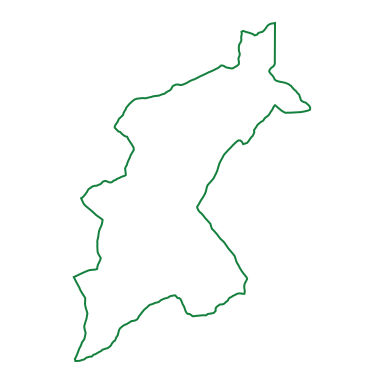 Mumias West, Western, Kenya
{"feature_id": "3690345B19078543384145", "entity_name": "Mumias West", "entity_type": "district", "adm_level": 2, "iso_a3": "KEN", "parent_name": "Kenya", "parent_adm1": "Western", "projection": "orthographic", "projection_center": [34.444, 0.279], "detail": "fine", "context": "isolated", "style": "outline", "palette": "green", "viewbox_px": 384, "rotation_deg": 0, "n_neighbors": 0, "source": "geoboundaries", "source_scale": "gbopen_adm2", "svg_char_len": 5904}
<svg xmlns="http://www.w3.org/2000/svg" viewBox="0 0 384 384"><path d="M244.9,143.6L247.1,142.9L248.7,141.0L249.9,139.1L251.2,137.4L252.6,135.9L253.5,134.3L254.3,132.2L254.0,130.2L255.1,128.6L256.5,126.6L257.3,125.2L258.2,124.2L259.6,123.0L261.3,121.7L262.6,121.1L263.8,119.8L264.7,118.2L266.3,117.0L267.7,116.0L269.2,114.5L270.5,112.1L271.8,110.4L272.6,109.1L273.4,107.2L275.0,105.2L277.1,106.9L281.7,110.8L283.9,112.1L285.7,112.8L287.2,112.7L290.0,112.7L297.2,112.3L300.9,112.1L305.1,111.3L307.1,110.8L308.7,110.3L310.0,109.7L310.2,108.2L309.7,106.5L308.8,105.4L307.4,104.1L305.7,102.6L303.6,102.0L302.3,101.3L301.0,100.3L300.5,98.6L299.8,96.8L299.2,94.7L297.6,93.2L296.0,91.1L294.3,89.6L293.1,88.4L292.0,87.1L291.1,85.9L289.9,85.2L288.7,84.2L284.9,82.7L283.4,82.4L281.3,82.0L279.4,81.6L278.0,81.3L276.7,80.8L275.5,80.3L274.5,79.1L273.7,77.3L272.5,75.6L271.5,74.6L270.1,73.0L269.2,71.5L269.5,70.1L270.7,68.4L273.8,65.9L274.8,63.9L275.0,23.0L273.4,23.4L271.6,23.5L269.1,24.5L267.8,25.5L266.6,26.9L265.9,28.1L264.7,29.7L263.2,31.3L262.0,32.0L260.3,32.3L258.3,33.0L257.3,34.5L254.7,35.4L253.2,34.3L250.8,33.3L248.9,32.7L246.6,32.1L244.7,31.5L243.1,30.9L241.5,31.8L241.8,33.8L241.6,35.1L241.2,36.5L241.2,38.2L241.4,39.8L241.1,41.3L240.3,42.8L239.4,44.2L238.9,46.2L238.8,47.8L238.9,50.6L239.3,52.1L239.8,54.0L239.4,56.1L238.8,57.4L238.4,58.8L239.0,62.7L238.7,64.4L236.9,66.0L234.5,67.3L232.9,68.3L231.3,68.4L229.7,68.1L228.2,67.8L226.7,67.6L225.4,67.0L223.9,66.0L222.5,65.5L220.8,65.6L219.4,67.0L218.1,67.9L213.2,70.4L210.5,71.6L208.9,72.2L205.9,73.7L202.8,75.2L200.2,76.3L198.1,77.5L196.5,78.2L194.8,79.2L193.0,79.7L190.9,80.6L189.5,81.3L187.4,82.6L185.5,83.5L181.8,85.0L179.5,84.9L178.2,84.5L176.8,84.5L175.4,84.8L174.0,85.4L172.6,86.3L171.8,87.8L171.2,89.0L170.0,90.3L168.0,91.3L166.2,92.3L164.6,93.7L162.8,94.1L160.7,94.9L159.0,95.6L155.2,96.0L153.3,96.3L150.7,97.1L148.7,97.5L146.7,98.0L145.3,98.3L143.6,98.1L141.8,98.1L140.4,98.3L136.9,98.7L134.6,99.5L132.0,101.5L129.3,104.1L127.1,106.7L126.1,108.0L125.6,109.7L124.7,110.8L123.5,113.2L123.0,115.1L121.7,116.3L118.9,118.9L117.5,122.1L116.3,123.7L115.4,125.0L114.8,126.2L114.7,127.6L116.3,129.3L118.3,131.4L120.1,131.9L121.1,133.0L122.3,134.2L123.8,135.4L125.3,136.3L127.2,136.8L127.9,138.4L128.7,139.8L130.6,142.7L131.4,143.9L132.5,145.6L133.7,147.9L133.7,150.2L132.6,152.0L131.7,153.4L130.6,155.4L129.8,157.6L129.0,159.2L128.0,161.4L127.4,162.9L126.9,165.0L125.7,166.9L125.1,168.7L125.4,170.6L125.5,172.1L125.8,173.7L125.7,175.2L124.4,175.9L122.7,176.4L120.9,177.1L119.7,177.8L117.0,178.9L115.8,179.9L113.7,180.6L112.4,181.8L110.7,182.5L109.1,182.3L107.3,181.5L105.2,180.9L103.1,181.5L102.1,182.5L100.7,184.0L98.6,184.8L96.8,185.7L94.8,185.8L92.4,186.5L91.3,187.3L89.8,188.3L88.6,189.2L87.8,190.3L87.0,191.9L85.6,193.9L83.8,196.1L82.4,197.5L81.1,198.2L82.6,201.5L83.2,202.8L83.9,204.1L85.4,205.7L87.9,207.8L92.8,211.9L96.3,215.2L101.4,218.8L102.6,219.9L102.3,222.0L101.9,223.8L101.4,225.5L100.0,228.6L99.1,230.9L98.6,233.8L98.4,235.3L98.3,236.6L97.9,238.6L97.4,240.2L97.3,242.0L97.4,244.4L97.3,245.8L97.4,248.2L97.6,251.8L98.2,253.6L99.4,255.7L100.7,258.0L100.4,259.6L98.7,263.3L97.9,264.8L97.4,266.8L97.1,269.0L95.1,269.6L93.2,269.7L89.3,270.2L87.8,270.7L86.1,271.4L84.7,272.0L79.0,274.6L77.3,275.5L75.5,276.3L73.8,277.1L74.6,278.7L75.2,279.9L76.9,283.2L78.5,286.1L79.3,287.4L79.8,288.8L80.5,290.4L81.4,292.0L83.1,294.7L84.5,296.8L85.2,298.1L85.2,299.7L85.1,301.6L85.0,303.7L85.2,305.3L85.6,307.2L86.1,309.2L86.8,311.1L87.4,313.6L86.9,316.1L86.6,318.1L86.2,319.7L85.7,321.1L84.9,323.8L84.5,325.1L84.2,326.7L84.7,329.5L85.3,331.5L85.6,333.2L85.3,334.7L84.9,336.8L84.3,339.1L83.2,340.8L82.1,342.2L81.6,343.5L81.0,345.4L80.1,347.1L79.3,348.5L78.1,351.8L77.3,353.9L76.4,356.0L75.7,357.5L74.9,359.0L75.4,361.0L79.8,360.8L81.9,360.0L84.0,359.5L85.2,358.7L86.1,357.8L87.8,357.2L89.4,356.7L91.7,356.6L93.6,354.7L95.4,354.2L98.0,352.6L101.3,350.9L102.3,349.8L106.4,348.4L107.8,348.1L109.6,346.7L110.9,345.5L111.8,343.7L113.6,341.4L115.0,340.6L116.1,337.8L116.8,336.6L118.0,334.7L118.3,332.8L118.7,331.5L119.1,330.0L120.0,328.4L121.6,327.0L123.4,325.6L125.0,324.7L126.3,324.3L130.0,322.1L131.4,321.1L133.1,320.9L135.4,320.4L137.2,319.3L138.1,318.1L138.6,316.9L139.4,315.7L140.8,314.0L141.9,312.5L143.0,311.2L144.2,309.7L145.3,308.8L146.6,307.7L149.6,304.9L152.0,304.2L153.6,303.6L155.2,302.8L157.1,302.5L159.0,301.8L160.7,300.3L162.7,299.3L164.7,298.5L166.4,298.1L168.0,297.6L169.1,296.8L170.5,296.1L173.6,295.5L175.3,295.4L176.5,296.8L177.6,298.0L179.4,298.2L180.6,299.2L182.1,302.6L182.5,303.9L183.9,306.3L184.5,307.8L185.6,311.1L186.6,312.9L187.6,313.8L189.4,314.0L191.2,315.0L192.5,316.2L194.2,316.2L195.8,315.9L197.2,315.8L203.4,315.2L205.0,315.4L206.4,315.2L207.5,314.1L209.5,313.7L211.7,313.4L213.6,313.0L214.5,312.1L215.6,311.0L215.6,309.7L215.7,308.2L216.7,306.8L218.2,305.7L219.8,304.5L221.9,304.4L223.5,304.1L224.9,303.0L226.2,301.8L227.8,300.6L228.6,298.9L229.9,297.6L231.5,297.0L232.8,295.9L234.4,295.3L236.1,294.3L237.7,293.6L239.3,293.4L241.2,293.5L242.8,293.8L244.4,293.8L244.8,291.4L244.5,289.3L244.3,287.9L244.2,286.2L244.5,284.5L245.1,282.9L246.2,280.9L247.1,278.9L246.7,277.5L243.2,273.1L241.7,271.0L239.4,267.2L238.6,265.5L236.8,262.4L236.1,260.8L235.4,258.2L234.7,256.1L232.0,252.7L229.4,249.7L227.9,247.8L226.7,246.0L224.7,243.1L223.2,241.3L220.6,239.0L218.9,236.8L217.2,234.5L213.8,230.6L211.9,228.8L210.9,225.7L210.4,223.8L204.9,217.7L203.9,216.3L203.0,215.2L201.1,213.1L199.5,211.8L198.3,210.1L197.5,208.3L197.1,207.0L199.3,203.3L201.0,200.2L203.0,197.3L204.6,194.5L205.9,191.4L206.9,186.9L207.6,185.2L209.6,182.9L212.4,179.8L213.6,178.3L216.5,172.5L217.4,170.3L217.9,168.4L219.2,164.1L220.3,161.5L222.0,158.6L223.7,155.2L224.8,153.8L226.2,152.3L227.9,150.4L230.6,147.7L233.2,144.9L235.4,142.8L236.8,141.5L238.5,140.4L240.3,140.5L241.8,141.6L242.5,142.8L243.1,144.1L244.9,143.6Z" fill="none" stroke="#15803d" stroke-width="2"/></svg>